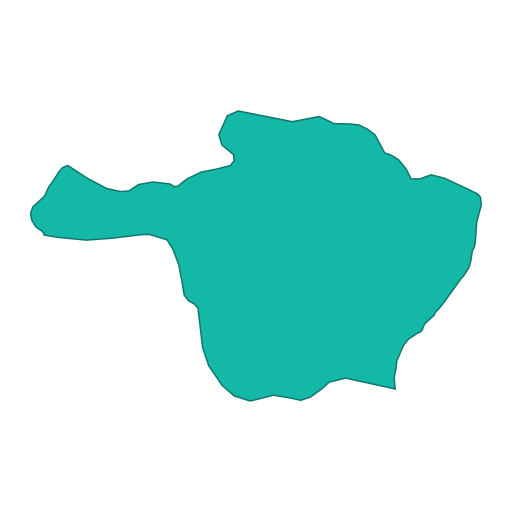 outline of Mayo-Louti, Nord, Cameroon
{"feature_id": "32672807B2656917895115", "entity_name": "Mayo-Louti", "entity_type": "district", "adm_level": 2, "iso_a3": "CMR", "parent_name": "Cameroon", "parent_adm1": "Nord", "projection": "mercator", "projection_center": [13.772, 9.925], "detail": "fine", "context": "isolated", "style": "filled", "palette": "teal", "viewbox_px": 512, "rotation_deg": 0, "n_neighbors": 0, "source": "geoboundaries", "source_scale": "gbopen_adm2", "svg_char_len": 1445}
<svg xmlns="http://www.w3.org/2000/svg" viewBox="0 0 512 512"><path d="M350.2,124.0L334.0,123.6L319.2,116.5L292.3,121.7L238.3,111.0L227.3,115.7L218.8,134.7L221.9,145.0L233.6,154.7L234.1,160.7L230.5,165.5L215.6,169.3L201.0,172.1L186.9,179.0L177.8,186.2L174.4,186.7L170.1,184.0L153.0,182.0L138.3,184.6L129.0,190.9L120.7,191.6L106.7,188.5L87.2,178.2L67.7,165.4L63.1,167.5L62.5,167.7L59.6,170.9L52.4,181.9L48.9,186.7L44.5,196.2L32.9,206.8L30.7,212.8L31.0,216.5L31.8,220.3L35.8,226.8L37.8,228.2L41.7,230.9L43.6,232.8L44.2,235.1L58.9,237.5L86.5,240.1L112.2,238.2L141.0,234.7L149.5,234.5L167.0,239.8L172.8,249.0L178.8,264.9L181.5,279.0L184.2,295.1L188.9,301.1L194.1,303.8L198.0,308.2L202.6,347.5L208.7,365.7L222.3,385.6L234.3,396.0L250.1,401.0L259.7,398.7L273.5,395.2L290.5,398.0L300.7,400.3L310.6,397.0L322.1,388.6L329.4,382.0L331.3,381.6L345.5,378.1L395.3,389.0L394.9,386.3L394.2,377.8L395.9,368.9L396.8,361.0L403.2,345.9L408.4,339.2L417.0,333.4L420.5,331.9L422.2,329.9L424.6,323.9L434.2,315.1L435.4,312.5L440.6,306.7L444.1,302.2L457.7,283.3L461.5,278.0L463.7,275.8L468.7,268.0L470.7,261.6L472.3,250.9L474.0,247.9L475.1,243.7L475.6,237.5L475.7,237.0L475.7,236.8L476.7,222.1L481.3,204.9L480.5,197.3L477.6,193.9L464.8,187.7L444.6,178.3L431.0,174.8L419.9,178.9L411.0,178.9L406.3,169.2L401.0,162.7L398.6,159.8L392.5,155.9L389.2,154.4L384.7,152.9L375.0,134.8L367.5,129.2L358.8,124.9L350.2,124.0Z" fill="#14b8a6" stroke="#0f766e" stroke-width="1.5"/></svg>